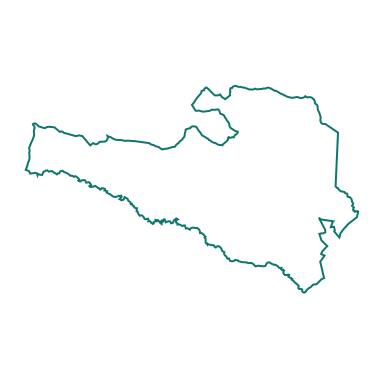 Cassilândia, Mato Grosso do Sul, Brazil (Mercator projection), rotated 178°
{"feature_id": "56859067B2617733556804", "entity_name": "Cassilândia", "entity_type": "district", "adm_level": 2, "iso_a3": "BRA", "parent_name": "Brazil", "parent_adm1": "Mato Grosso do Sul", "projection": "mercator", "projection_center": [-52.105, -19.06], "detail": "fine", "context": "isolated", "style": "outline", "palette": "teal", "viewbox_px": 384, "rotation_deg": 178, "n_neighbors": 0, "source": "geoboundaries", "source_scale": "gbopen_adm2", "svg_char_len": 6036}
<svg xmlns="http://www.w3.org/2000/svg" viewBox="0 0 384 384"><g transform="rotate(178 192 192)"><path d="M84.4,87.8L83.1,87.6L81.5,88.7L80.9,89.9L78.6,91.8L77.1,92.5L75.9,93.4L74.9,94.6L73.8,95.3L71.4,95.4L70.2,96.0L65.5,100.4L63.0,101.3L66.3,117.9L61.7,123.8L65.1,125.5L63.8,128.2L58.7,133.2L64.3,139.1L66.2,145.7L64.8,146.1L62.8,146.0L60.1,147.1L60.2,149.6L66.1,161.8L64.2,160.3L62.9,159.8L51.8,157.8L52.5,157.0L54.5,152.0L51.3,152.3L50.6,148.7L51.2,147.5L46.3,141.4L45.0,145.6L41.6,149.8L36.2,155.3L34.9,156.0L28.1,161.1L26.6,166.6L27.6,167.2L28.8,166.7L30.0,166.7L30.2,167.7L31.1,167.6L31.7,168.9L30.7,170.8L32.6,172.6L31.3,174.4L31.6,175.4L32.2,176.3L33.0,179.8L34.8,181.5L36.2,181.6L36.9,182.4L36.7,183.7L37.1,184.9L39.4,185.7L39.6,186.7L43.5,187.6L45.5,189.7L45.8,190.6L46.7,190.8L48.3,192.6L44.0,246.2L56.2,255.2L59.2,255.6L60.2,256.2L61.1,258.3L61.2,259.4L60.8,262.1L61.8,266.2L63.3,269.7L63.5,271.1L63.5,273.6L63.9,274.5L65.9,276.2L66.3,279.0L66.9,280.1L68.9,282.0L70.9,282.8L73.6,282.5L75.4,283.8L76.0,283.0L78.3,282.2L79.5,282.0L80.8,282.2L83.2,283.3L87.7,282.7L89.1,282.7L93.1,283.7L99.2,287.0L100.1,287.2L101.9,288.6L104.8,290.3L105.9,290.3L109.6,292.7L111.9,293.6L113.3,293.6L114.6,292.9L117.4,292.9L118.4,292.6L121.2,292.5L122.4,292.3L123.6,292.4L125.4,293.1L127.0,292.3L130.0,292.4L131.3,292.5L136.0,294.5L138.3,294.8L139.5,295.3L142.5,295.6L144.2,296.4L145.7,296.4L147.4,295.9L148.2,294.6L149.6,294.5L150.4,293.1L150.2,290.8L150.8,288.3L150.5,287.3L155.6,283.6L158.9,286.0L160.5,288.5L162.6,287.6L166.0,287.8L171.9,294.2L174.1,296.0L176.0,294.8L176.3,293.3L178.8,292.8L179.5,290.4L183.2,286.4L185.0,284.2L186.7,281.5L189.0,279.0L185.6,273.1L181.5,273.0L179.6,272.2L178.1,271.9L171.8,272.4L169.2,273.6L166.2,273.3L164.5,273.6L163.0,273.6L162.0,272.7L161.1,269.4L158.0,268.0L157.0,267.0L156.7,265.6L155.6,264.4L154.7,262.4L153.2,260.4L152.5,259.0L152.3,257.1L151.7,255.4L150.9,254.4L147.0,251.7L145.7,251.1L144.2,250.8L144.3,249.5L145.9,248.0L146.9,247.7L148.4,245.1L149.6,245.4L152.2,244.7L153.2,245.6L154.0,245.1L154.3,243.0L154.8,242.2L157.6,239.9L159.3,238.7L159.9,237.6L161.3,238.0L162.6,237.9L164.8,238.7L166.9,240.1L169.1,240.7L171.0,241.9L171.9,242.9L173.3,243.4L174.3,244.8L175.2,245.2L178.2,247.3L179.5,247.9L180.3,248.7L181.6,251.1L183.1,252.9L185.3,256.7L186.3,257.3L187.8,257.5L189.3,257.6L190.7,257.0L191.5,255.9L195.2,255.1L196.3,254.3L196.4,252.7L197.0,251.1L197.7,247.4L198.9,246.4L199.9,244.8L203.0,242.5L203.6,241.5L205.8,240.1L207.6,237.8L210.5,237.5L214.2,236.4L219.1,235.9L219.9,235.5L220.9,235.8L223.9,238.2L226.3,238.8L228.6,240.2L231.2,240.9L233.3,242.4L246.6,244.7L255.0,245.6L256.4,245.3L260.7,246.3L266.0,246.8L268.5,247.7L271.3,249.6L273.3,250.2L274.5,251.0L274.2,249.0L274.8,247.7L275.6,246.3L277.2,245.4L282.5,245.4L284.1,243.9L286.1,243.0L287.0,243.2L289.2,244.3L292.1,242.1L299.6,251.7L303.0,252.5L306.3,251.9L316.5,255.2L317.4,255.2L319.2,256.7L320.2,257.1L322.0,256.7L327.2,261.4L332.8,262.2L335.0,261.9L336.4,261.0L337.8,261.2L342.8,262.9L345.6,265.7L347.5,266.0L348.6,265.4L348.3,264.3L347.3,263.2L347.0,261.4L347.9,258.9L347.8,254.8L348.0,253.6L349.2,250.4L351.0,246.8L353.3,241.6L352.9,239.9L352.9,238.5L353.3,237.2L353.1,231.5L354.0,228.7L355.1,226.4L355.4,224.9L356.6,221.6L357.4,220.0L354.2,218.5L353.0,216.0L351.0,216.4L349.7,216.2L348.2,216.7L346.2,216.0L345.8,214.1L345.2,215.4L343.4,214.6L341.1,214.3L339.8,217.3L337.2,218.5L335.9,218.7L334.5,217.4L331.3,217.8L329.7,216.5L327.9,215.5L326.4,214.3L325.7,215.1L324.0,215.3L322.9,217.3L320.6,217.8L319.6,216.6L316.9,215.6L314.4,213.9L312.8,212.4L311.2,212.5L309.6,211.3L308.3,211.9L307.4,211.6L305.1,209.6L304.2,208.3L305.2,207.3L304.2,206.6L303.2,206.4L301.8,207.4L300.2,207.7L298.6,207.5L297.3,205.0L294.7,205.4L293.2,203.9L292.6,202.4L294.3,201.5L293.6,200.6L290.8,200.7L288.5,201.5L286.1,199.6L284.9,199.1L283.7,197.6L282.8,198.0L282.1,199.0L280.4,198.7L278.9,198.0L279.5,196.6L276.8,195.8L277.4,194.5L275.1,193.1L273.7,192.5L273.0,191.7L270.4,189.9L268.3,189.8L266.4,190.2L265.5,190.8L264.3,190.3L262.9,190.8L262.5,189.5L264.7,187.4L263.6,186.9L262.8,186.1L260.8,186.7L259.5,189.2L257.4,188.0L256.4,187.0L256.0,185.5L253.9,183.9L253.6,182.0L252.5,182.2L251.8,180.6L250.7,180.2L250.3,178.7L248.8,177.8L247.6,177.7L248.1,174.6L247.0,174.2L246.6,172.4L245.0,170.1L243.9,170.5L242.5,170.2L240.9,168.1L240.3,166.7L239.1,166.4L236.9,166.9L236.4,165.4L236.7,164.2L235.7,164.3L234.5,164.0L234.1,162.8L232.2,161.4L231.3,162.1L231.5,163.0L230.5,163.9L228.4,164.0L229.1,165.4L226.7,164.9L224.6,162.0L223.5,161.1L223.2,163.1L223.9,163.9L223.0,164.6L222.0,163.7L221.3,165.5L220.4,165.7L219.9,164.7L219.4,162.6L216.7,163.6L214.8,163.3L213.9,161.4L212.1,161.9L211.0,164.5L209.5,164.9L209.3,165.8L208.4,166.1L207.1,165.1L208.4,164.6L209.1,163.3L209.0,162.2L207.5,161.0L207.7,160.0L205.6,160.0L202.6,158.3L201.4,158.9L200.3,158.8L199.4,155.7L197.9,156.0L195.5,154.4L194.7,155.7L192.8,156.4L191.3,156.1L190.3,156.2L189.3,155.7L188.1,155.9L186.3,154.2L185.5,152.6L185.4,150.6L183.9,150.6L182.3,149.5L180.1,146.8L181.0,146.1L180.1,145.2L180.1,140.9L178.4,138.8L178.1,139.7L177.4,139.0L176.3,138.9L174.6,138.1L173.6,138.3L172.7,138.1L171.8,137.7L171.4,136.6L170.2,135.7L169.3,136.6L167.2,137.0L165.7,135.8L164.5,134.4L164.4,133.1L163.6,131.8L161.8,130.8L162.1,129.0L161.3,127.4L160.0,126.5L159.2,124.7L158.5,124.0L157.4,124.3L156.4,121.9L154.8,121.4L153.2,121.4L152.0,121.9L151.2,122.7L150.0,122.2L148.4,122.1L147.9,121.2L144.7,120.2L139.8,119.7L138.4,119.0L134.9,119.0L132.6,117.3L131.8,116.1L131.1,115.5L128.2,116.1L126.8,115.6L125.7,115.7L123.9,115.2L121.2,115.6L119.8,118.1L118.2,119.0L116.5,118.8L115.8,118.0L114.9,117.5L112.6,116.4L111.5,116.5L110.1,115.7L108.8,114.8L107.8,113.2L105.2,113.0L105.6,111.8L105.0,111.0L103.4,111.1L102.7,110.1L103.5,109.4L103.5,107.8L102.2,105.9L100.5,105.7L98.7,106.1L97.8,105.7L98.6,104.1L97.3,103.1L96.1,102.7L95.8,101.7L94.8,101.6L95.0,100.5L94.0,100.0L92.3,97.9L90.2,96.1L88.6,94.4L89.1,92.2L88.2,91.3L86.5,91.4L85.3,90.7L85.4,89.3L84.4,87.8Z" fill="none" stroke="#0f766e" stroke-width="2"/></g></svg>